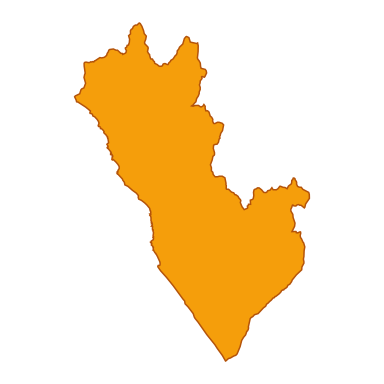 Cañete, Lima, Peru
{"feature_id": "86281439B38197042578648", "entity_name": "Cañete", "entity_type": "district", "adm_level": 2, "iso_a3": "PER", "parent_name": "Peru", "parent_adm1": "Lima", "projection": "natural_earth1", "projection_center": [-76.444, -12.8], "detail": "fine", "context": "isolated", "style": "filled", "palette": "amber", "viewbox_px": 384, "rotation_deg": 0, "n_neighbors": 0, "source": "geoboundaries", "source_scale": "gbopen_adm2", "svg_char_len": 5961}
<svg xmlns="http://www.w3.org/2000/svg" viewBox="0 0 384 384"><path d="M197.6,43.0L196.7,43.5L190.3,42.1L188.9,37.6L186.6,36.5L186.0,36.7L184.4,38.5L182.8,44.0L179.5,47.2L178.7,49.1L177.2,50.9L177.2,52.5L176.5,54.6L175.2,55.7L173.1,58.9L170.8,60.4L170.3,61.5L168.8,62.9L168.1,64.5L167.3,64.6L165.3,63.6L164.2,63.6L163.1,64.1L162.5,65.5L161.7,66.2L159.7,66.3L158.7,65.9L157.3,64.6L154.7,63.3L154.4,61.7L153.2,60.6L152.7,59.4L152.1,58.9L151.1,59.1L150.6,58.6L149.7,55.8L149.6,54.6L148.5,53.4L147.5,51.6L148.2,48.1L147.9,47.0L144.7,43.6L144.6,42.1L145.7,39.4L146.3,36.1L144.2,33.6L143.6,30.8L141.9,26.3L140.2,23.5L139.2,23.0L136.9,25.1L135.3,25.1L133.4,26.4L132.5,28.6L131.2,29.4L130.4,30.8L130.5,33.9L128.6,35.7L129.6,39.2L129.3,42.6L128.4,45.1L127.1,45.4L126.7,47.1L125.4,47.9L125.4,48.8L126.4,50.6L126.0,52.4L125.5,53.1L122.8,54.4L122.5,53.5L120.8,53.3L117.5,50.2L116.0,50.2L113.4,49.0L109.7,49.5L108.7,50.3L108.4,51.6L107.2,53.4L106.6,55.4L104.4,57.3L101.7,57.9L99.9,57.6L95.2,60.7L94.5,60.9L93.8,61.9L92.8,61.6L91.6,62.0L90.8,61.8L89.6,62.5L88.5,62.6L86.0,62.1L84.5,62.5L84.1,63.6L84.2,66.3L85.2,73.3L84.7,74.3L84.0,77.4L85.6,83.3L83.9,87.9L81.9,88.8L81.0,89.7L79.7,93.8L75.3,95.9L74.6,96.8L76.1,99.9L76.6,101.8L78.0,102.1L85.7,107.1L90.4,111.0L89.9,112.7L90.1,113.4L91.5,113.6L92.4,114.4L92.9,116.0L94.7,116.8L97.1,119.4L98.3,121.2L99.0,123.1L98.2,125.6L98.5,126.4L98.9,126.2L100.1,126.9L100.5,128.6L101.2,128.4L103.1,130.2L104.1,131.6L103.8,132.3L104.3,133.4L105.8,134.5L106.5,135.8L107.5,136.6L107.4,137.6L107.9,138.1L107.7,138.3L108.0,139.0L108.6,142.6L108.4,143.1L107.6,143.5L106.9,144.3L108.1,146.2L107.4,147.2L107.7,147.3L107.5,147.6L107.9,147.6L107.8,148.5L108.3,148.7L111.1,152.3L111.2,153.1L110.6,153.2L110.7,153.8L111.0,153.9L110.8,154.3L111.4,154.3L111.4,154.7L111.9,154.5L112.5,155.4L112.3,156.0L112.6,156.2L112.3,156.5L112.5,157.1L112.1,157.6L111.9,159.6L112.6,160.0L113.2,159.5L115.7,161.8L118.0,164.5L119.2,166.6L119.2,168.6L118.0,170.3L117.9,171.4L117.3,171.6L117.7,172.5L116.9,173.0L117.5,173.6L117.0,174.4L117.7,173.9L122.4,179.0L122.8,180.2L124.3,182.2L124.9,184.9L127.9,186.3L132.3,190.2L136.3,193.1L138.4,195.6L138.2,197.3L138.7,199.1L141.5,200.4L144.6,202.8L146.9,205.0L149.7,208.4L149.9,209.8L150.4,210.5L150.2,210.8L150.8,211.9L150.7,213.6L150.0,213.9L150.5,214.2L150.0,214.4L149.9,214.9L150.3,215.4L150.0,215.6L150.6,216.1L151.0,217.6L151.0,220.8L151.5,221.6L151.3,222.4L151.8,222.7L151.5,223.6L152.1,223.6L152.0,224.2L152.4,224.9L151.5,226.1L152.4,226.2L152.6,226.6L152.4,228.1L152.6,229.4L152.9,229.6L152.6,229.9L153.2,230.4L153.0,231.0L153.5,232.7L153.1,235.9L153.5,236.7L153.1,236.8L152.9,237.5L153.5,238.2L153.3,239.6L151.2,241.2L151.2,241.9L150.5,242.2L150.8,242.6L151.3,242.4L151.8,243.4L151.5,243.7L151.7,244.7L151.4,245.0L152.8,246.3L152.8,247.0L153.4,247.3L153.2,248.7L153.5,249.8L153.1,250.1L153.6,250.4L155.1,252.9L155.7,253.3L155.8,253.9L156.2,254.1L157.5,256.6L159.8,261.7L160.1,263.1L160.0,264.9L159.6,265.5L158.3,265.4L157.8,266.2L157.9,266.9L160.6,270.8L166.6,277.5L173.2,285.7L183.2,299.4L184.6,300.9L185.1,303.8L188.0,306.8L193.2,313.6L194.3,317.1L195.2,318.6L197.9,321.9L206.8,334.6L214.9,344.7L217.4,348.6L222.4,355.5L225.5,361.0L226.0,360.8L228.5,358.5L230.4,358.0L233.8,356.0L235.8,355.3L237.1,353.9L240.1,346.6L241.7,340.4L243.5,337.4L245.6,334.9L246.8,331.3L247.5,330.9L248.2,329.5L248.6,327.9L248.3,327.1L250.2,318.6L251.2,317.5L252.8,316.6L254.5,314.7L258.1,313.6L263.5,307.8L265.6,306.3L266.6,304.1L268.1,303.1L269.6,301.5L271.2,300.2L273.1,298.0L274.4,297.6L274.9,296.6L275.8,296.4L279.4,293.6L281.0,291.8L281.5,290.7L282.8,289.9L283.7,289.9L284.2,289.1L285.9,288.1L287.2,286.9L287.8,285.3L289.8,284.2L291.6,281.6L292.2,280.0L296.4,274.8L301.7,269.8L301.9,267.0L303.9,263.2L303.9,261.7L303.4,259.1L303.9,256.5L304.1,250.8L304.8,246.9L303.6,242.8L303.0,242.2L301.4,238.6L300.9,238.1L300.4,237.0L300.2,235.3L300.7,233.5L300.6,232.1L300.1,231.8L297.7,232.9L296.3,232.7L296.3,232.0L295.9,231.5L292.0,231.6L294.6,226.3L295.0,223.1L293.1,217.5L292.8,214.3L290.9,211.1L290.8,209.2L291.7,207.5L292.4,205.2L292.9,205.0L293.9,205.9L295.9,206.0L297.2,204.8L298.7,204.6L299.6,205.2L301.1,205.3L304.3,207.9L304.9,207.1L305.6,204.0L309.4,198.4L309.3,194.4L308.7,192.4L302.8,189.3L301.3,187.3L299.3,187.2L297.6,186.4L296.5,184.0L296.7,183.0L296.4,181.6L295.1,179.7L295.0,178.8L294.4,178.2L293.6,178.0L293.1,178.2L292.8,179.6L291.8,180.3L291.6,183.0L291.2,184.0L288.5,186.0L287.1,188.7L285.0,187.5L283.0,187.3L280.6,186.3L279.8,186.3L278.0,188.7L276.3,189.8L273.1,189.7L271.9,187.7L270.1,190.1L267.8,190.7L266.7,192.2L265.9,192.6L263.7,192.4L261.6,189.8L259.1,187.9L257.3,187.9L256.6,188.7L254.6,189.4L254.0,190.0L253.5,192.3L253.8,195.7L253.2,198.7L252.5,199.4L250.3,200.2L250.6,204.3L248.5,204.3L248.2,205.5L247.3,206.1L247.7,207.5L247.5,208.2L244.2,209.6L242.0,206.7L240.3,202.6L240.8,200.7L240.5,199.8L238.7,197.7L238.1,196.4L236.1,194.9L234.8,194.6L233.7,192.8L231.5,192.1L228.6,189.3L226.5,189.2L226.2,188.2L226.3,185.6L225.9,184.5L226.0,183.3L224.9,177.8L222.2,176.2L219.3,176.2L217.8,176.7L215.1,176.8L213.2,174.5L212.8,172.3L211.4,170.8L211.4,167.6L210.4,164.8L212.2,159.9L212.9,156.4L214.3,155.1L214.5,154.5L214.5,152.6L213.3,148.5L213.6,145.2L214.8,144.5L217.2,144.1L218.5,142.1L219.1,139.1L220.0,138.1L219.6,136.8L220.3,135.3L220.6,133.6L222.5,130.6L223.6,124.9L222.2,123.3L219.1,122.3L217.4,122.3L214.8,123.6L213.6,123.4L212.6,121.2L212.8,119.3L211.7,117.3L210.2,116.0L209.0,112.1L207.6,110.8L205.8,110.8L205.1,108.0L205.2,106.3L203.9,104.5L202.8,106.2L201.2,106.9L200.4,106.8L198.4,105.4L195.1,105.5L193.0,106.2L191.7,105.9L193.3,104.8L194.3,103.3L195.9,101.8L196.6,98.6L198.3,96.0L199.2,93.6L199.2,92.0L200.2,89.5L200.2,87.3L199.4,84.9L200.0,83.3L200.3,80.8L202.0,78.6L201.6,76.8L202.0,76.5L204.3,77.2L204.9,76.6L206.6,73.0L206.2,70.8L205.2,69.4L201.1,68.3L200.6,66.6L200.3,63.1L199.1,60.8L197.8,59.2L197.4,57.8L198.1,51.5L198.2,45.7L197.6,43.0Z" fill="#f59e0b" stroke="#b45309" stroke-width="1.5"/></svg>